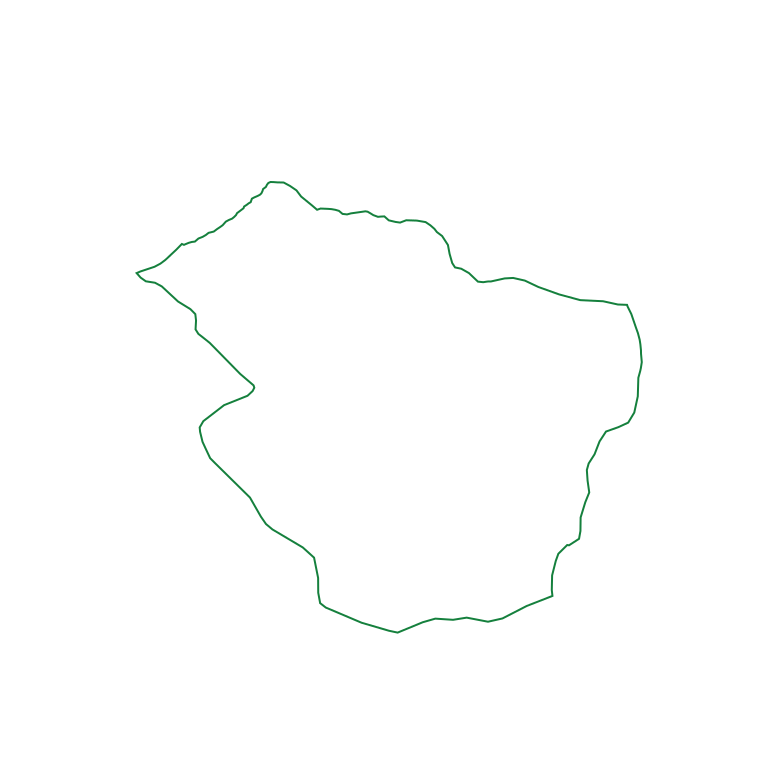 outline of Jurmey, Mongar, Bhutan, rotated 308°
{"feature_id": "84629894B48851567249316", "entity_name": "Jurmey", "entity_type": "district", "adm_level": 2, "iso_a3": "BTN", "parent_name": "Bhutan", "parent_adm1": "Mongar", "projection": "equal_earth", "projection_center": [91.257, 27.093], "detail": "fine", "context": "isolated", "style": "outline", "palette": "green", "viewbox_px": 768, "rotation_deg": 308, "n_neighbors": 0, "source": "geoboundaries", "source_scale": "gbopen_adm2", "svg_char_len": 2314}
<svg xmlns="http://www.w3.org/2000/svg" viewBox="0 0 768 768"><g transform="rotate(308 384 384)"><path d="M596.0,526.8L590.6,519.3L584.1,505.7L570.9,487.0L562.4,466.8L555.5,446.0L552.2,431.3L547.1,420.5L541.5,414.1L530.6,405.1L528.6,402.6L525.3,399.5L522.5,395.0L523.7,382.6L522.4,373.9L519.6,368.2L521.3,363.3L526.9,355.6L532.9,348.8L536.4,338.7L536.3,332.1L537.3,328.2L537.6,322.9L537.2,317.1L533.0,309.3L530.3,305.6L526.7,300.7L521.1,297.3L518.8,293.3L515.9,287.0L516.3,281.1L513.7,278.1L512.0,276.3L510.5,271.6L510.2,268.8L509.7,265.0L508.6,263.0L503.9,258.5L498.1,252.9L494.9,250.5L492.5,246.6L492.7,241.9L491.3,238.4L489.5,235.0L487.5,232.0L483.2,226.0L480.1,224.0L480.4,217.2L480.7,203.3L482.7,195.8L482.2,188.0L481.0,180.9L477.2,175.8L475.0,172.5L473.3,170.2L471.2,169.1L469.0,169.1L466.6,169.6L463.2,168.7L461.1,169.5L458.7,170.0L456.7,169.7L454.3,168.6L451.2,166.9L448.7,165.8L445.2,167.0L443.0,166.1L440.6,165.5L437.7,164.5L436.0,165.1L428.1,163.0L426.1,163.4L423.5,163.1L420.8,162.5L417.8,160.8L414.6,159.4L409.8,159.1L406.7,158.2L403.4,157.1L399.3,156.0L395.1,152.7L391.8,151.9L388.3,150.5L384.4,148.2L379.8,147.3L377.6,145.1L375.0,143.2L372.0,141.5L370.5,140.7L369.9,138.5L361.8,137.6L347.1,135.3L341.2,133.7L335.1,131.0L322.6,122.7L319.1,120.8L318.0,126.7L318.3,133.1L322.8,141.2L324.1,148.8L322.2,170.9L323.8,185.4L322.9,192.3L318.3,196.8L311.0,201.9L309.2,206.9L309.2,213.8L309.1,221.4L306.2,243.4L303.4,264.4L302.6,282.1L301.2,284.1L297.6,284.8L290.7,283.7L268.9,271.0L243.5,264.5L236.3,265.5L233.1,268.5L226.7,276.6L223.6,282.6L218.5,292.7L217.7,299.0L212.0,348.3L203.7,368.6L201.0,377.2L200.7,385.6L205.2,420.6L204.1,435.8L190.6,451.5L179.0,460.7L172.0,468.6L172.0,475.8L176.2,491.4L182.1,513.4L192.6,539.8L196.5,547.8L220.1,561.2L230.7,568.9L240.7,583.6L250.8,593.0L260.7,612.3L272.2,621.7L296.9,633.1L320.7,647.2L324.9,643.1L336.7,634.3L350.3,628.3L357.6,625.9L369.9,627.5L370.8,629.1L382.1,633.0L389.1,629.3L399.9,621.1L414.8,615.4L424.9,612.5L433.2,603.9L441.1,596.8L447.4,594.2L458.2,593.2L471.5,589.2L478.8,588.6L483.2,588.2L494.2,595.2L503.9,600.2L515.6,598.8L530.5,591.6L545.5,580.6L552.0,577.9L554.7,576.6L559.9,573.7L566.1,567.9L568.7,565.8L573.1,561.6L576.3,558.2L580.4,552.8L583.5,547.9L591.4,535.8L595.0,528.3L596.0,526.8Z" fill="none" stroke="#15803d" stroke-width="2"/></g></svg>